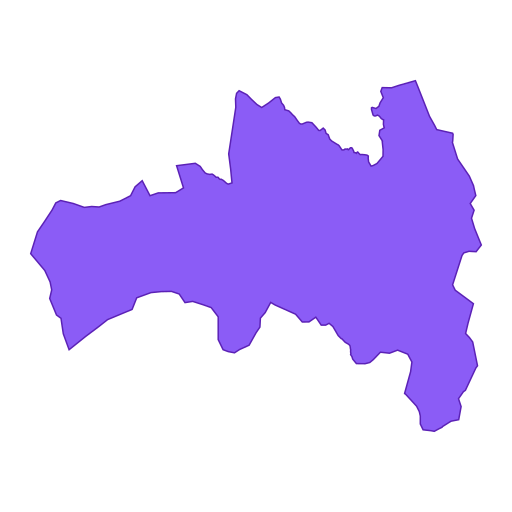 outline of Zaria, Kaduna, Nigeria
{"feature_id": "59680162B50201894093674", "entity_name": "Zaria", "entity_type": "district", "adm_level": 2, "iso_a3": "NGA", "parent_name": "Nigeria", "parent_adm1": "Kaduna", "projection": "natural_earth1", "projection_center": [7.7, 11.029], "detail": "fine", "context": "isolated", "style": "filled", "palette": "violet", "viewbox_px": 512, "rotation_deg": 0, "n_neighbors": 0, "source": "geoboundaries", "source_scale": "gbopen_adm2", "svg_char_len": 3612}
<svg xmlns="http://www.w3.org/2000/svg" viewBox="0 0 512 512"><path d="M442.0,427.3L442.6,426.5L451.0,421.2L458.7,419.7L461.1,406.6L458.5,398.7L463.4,391.7L465.4,390.3L475.9,367.9L477.5,365.8L477.5,365.7L472.7,342.0L469.4,337.5L465.6,333.5L468.0,323.3L473.4,303.7L455.2,290.2L452.6,284.8L462.0,255.5L463.8,252.9L469.0,251.3L476.1,251.7L481.3,245.0L474.6,228.5L471.5,218.2L474.1,210.2L470.2,203.5L475.8,195.6L474.2,188.9L473.5,185.6L469.3,176.1L457.6,159.0L452.8,143.7L452.4,142.3L452.7,141.2L453.1,134.4L452.6,133.2L445.0,131.5L436.7,129.6L434.6,125.4L429.5,116.3L418.0,87.1L415.4,80.7L399.1,85.3L391.5,87.8L382.2,87.6L380.8,91.4L383.3,97.7L380.1,102.8L378.9,106.3L376.0,108.5L372.2,107.4L371.5,107.8L371.5,109.5L373.0,114.8L373.4,115.4L374.1,115.8L374.8,116.0L375.7,115.9L377.5,115.1L379.3,116.1L381.3,118.6L382.7,119.5L383.6,119.8L383.4,124.4L383.7,125.6L383.8,126.3L384.3,127.8L379.8,130.3L379.0,135.6L382.4,141.0L382.2,141.1L382.6,145.0L383.1,149.6L383.0,156.3L377.0,163.5L373.0,165.6L371.4,166.0L371.1,166.1L370.7,165.5L368.6,161.9L368.4,160.0L368.2,158.5L368.3,156.0L367.0,155.1L365.1,154.8L364.3,154.7L362.0,154.5L360.2,154.6L358.9,153.4L357.7,152.0L357.1,152.3L356.3,153.3L355.7,152.8L354.0,152.5L353.8,151.5L353.7,151.2L352.5,148.8L351.9,147.9L351.2,147.7L350.4,147.8L349.1,149.0L348.6,149.7L348.0,149.6L347.4,148.9L346.0,149.2L345.3,149.0L344.8,149.1L344.3,149.7L343.0,150.0L341.8,149.8L341.4,149.1L340.8,148.3L340.5,147.7L339.7,146.6L339.1,145.7L338.3,145.0L338.1,144.8L337.0,144.3L331.7,141.0L329.7,139.0L329.5,138.3L328.9,136.7L328.2,134.7L326.1,133.4L325.5,131.4L325.1,130.0L323.2,128.1L320.1,130.5L318.7,130.4L316.1,127.2L311.9,122.7L308.1,122.1L306.4,122.3L302.3,124.0L300.7,124.0L299.4,123.3L297.3,120.5L294.7,116.7L292.5,114.7L290.7,112.7L288.8,110.9L284.8,109.7L284.5,107.4L283.6,105.3L281.6,103.0L280.9,100.8L280.4,99.2L279.1,97.0L275.4,97.6L268.6,103.0L261.7,107.5L256.9,104.5L251.5,99.4L246.9,94.7L239.1,90.7L236.6,93.3L235.5,98.9L235.8,107.3L228.7,153.9L230.7,169.4L231.3,175.9L232.0,182.9L228.3,184.1L227.0,183.6L225.6,182.5L224.6,181.5L223.1,180.3L221.1,179.2L220.1,179.4L218.8,178.4L218.4,177.5L217.4,177.2L216.1,177.3L215.0,176.2L213.3,174.8L212.1,174.1L209.7,174.4L207.1,173.9L205.2,173.0L203.6,171.1L202.3,169.5L200.2,166.4L195.3,163.3L176.6,165.7L183.5,187.9L175.6,192.7L158.2,192.9L150.0,195.7L142.2,180.7L135.1,186.8L130.6,195.7L119.8,201.2L105.9,204.6L99.1,207.0L91.7,206.5L84.3,207.4L73.3,203.5L60.6,200.5L55.8,202.9L52.1,210.0L44.0,222.3L37.5,231.8L30.7,253.7L44.8,270.5L50.1,281.9L51.7,289.8L51.4,291.2L49.7,298.5L56.5,315.0L61.0,318.3L63.3,333.8L69.1,349.7L85.8,336.3L99.0,326.4L107.6,319.6L132.1,309.4L136.7,297.8L142.5,295.7L151.0,292.6L161.2,291.6L171.5,291.4L179.2,294.0L185.0,302.6L192.7,301.4L203.0,304.7L211.2,307.6L218.2,316.8L218.2,339.6L221.4,346.2L223.1,349.7L228.2,351.6L234.5,352.8L239.6,349.5L249.1,345.2L256.1,332.7L259.9,327.1L260.4,318.1L265.2,312.6L270.7,302.4L275.1,305.0L295.6,314.2L302.3,322.0L309.0,321.9L315.8,317.2L317.5,319.6L321.2,325.1L325.7,325.1L329.1,323.3L332.9,326.5L338.2,335.6L341.3,338.7L341.9,338.8L343.4,340.4L345.2,342.3L348.5,344.2L349.6,345.2L350.0,345.9L350.2,346.8L350.4,348.5L350.5,349.0L350.7,350.0L350.6,351.0L350.6,352.1L350.9,353.3L350.6,354.6L351.9,356.5L352.7,359.1L356.4,363.6L365.1,363.7L369.8,362.5L373.3,359.6L380.4,352.2L389.5,353.2L397.7,350.1L398.0,350.3L407.8,354.2L408.5,355.6L411.9,362.0L410.6,371.7L404.6,393.4L404.6,393.6L405.4,394.0L416.6,406.2L419.3,411.6L420.3,416.0L420.3,424.0L423.1,429.8L431.0,430.7L434.3,431.3L438.9,428.8L442.0,427.3L442.0,427.3Z" fill="#8b5cf6" stroke="#5b21b6" stroke-width="1.5"/></svg>